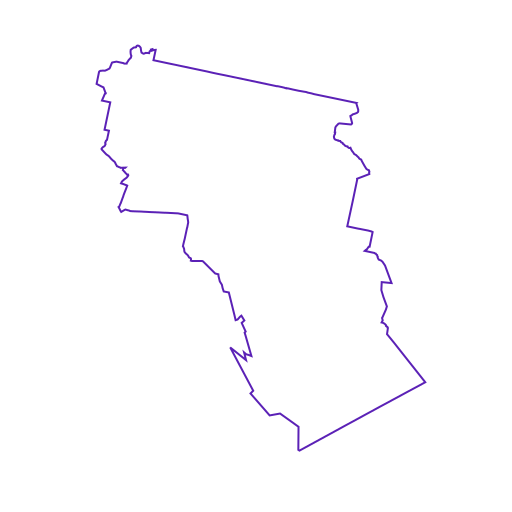 Delicias, Chihuahua, Mexico (orthographic projection), rotated 282°
{"feature_id": "50627088B94696650260706", "entity_name": "Delicias", "entity_type": "district", "adm_level": 2, "iso_a3": "MEX", "parent_name": "Mexico", "parent_adm1": "Chihuahua", "projection": "orthographic", "projection_center": [-105.441, 28.123], "detail": "fine", "context": "isolated", "style": "outline", "palette": "violet", "viewbox_px": 512, "rotation_deg": 282, "n_neighbors": 0, "source": "geoboundaries", "source_scale": "gbopen_adm2", "svg_char_len": 5923}
<svg xmlns="http://www.w3.org/2000/svg" viewBox="0 0 512 512"><g transform="rotate(282 256 256)"><path d="M109.4,379.4L134.3,408.5L167.7,447.8L200.3,408.5L206.8,400.4L212.9,400.0L213.0,399.7L213.3,399.5L213.7,399.5L214.1,399.1L214.2,398.5L214.4,397.9L214.7,397.6L215.2,397.6L215.6,397.3L216.1,396.5L216.7,395.3L217.1,393.7L217.1,392.7L219.4,393.3L221.6,392.2L222.5,392.5L230.6,394.2L233.9,394.5L242.3,389.2L248.7,385.7L256.6,384.4L257.7,394.2L273.5,384.2L276.7,380.9L277.6,379.2L278.0,376.8L279.3,375.7L280.1,375.2L280.7,375.2L281.1,374.7L281.5,374.5L282.1,374.3L282.2,374.1L282.3,373.9L282.4,373.5L282.7,373.2L282.9,372.9L283.2,372.7L283.2,372.1L283.4,371.5L283.6,371.2L283.6,370.8L283.6,370.4L283.6,361.3L284.7,362.1L285.0,362.4L285.4,362.8L285.5,363.0L286.4,363.4L288.5,364.3L288.7,365.2L303.7,365.1L304.0,363.9L304.2,360.4L304.1,353.9L304.1,352.2L304.0,350.2L304.0,348.1L304.0,345.1L304.0,343.5L304.0,341.6L304.0,339.1L329.7,339.2L351.5,339.1L352.6,338.8L356.0,344.1L359.7,349.8L360.5,349.5L360.8,349.5L361.1,349.3L362.0,349.3L362.3,349.3L362.5,349.1L362.9,348.9L363.0,348.6L363.2,348.4L363.4,348.4L363.6,347.2L364.1,345.9L366.7,343.4L370.6,340.0L371.5,339.3L372.0,339.0L372.3,338.6L372.4,337.8L372.7,336.9L373.1,336.4L373.7,335.9L374.5,334.5L375.5,333.0L376.2,330.8L377.5,329.6L378.2,328.7L378.9,327.9L379.9,327.0L381.5,325.9L381.2,325.5L381.0,324.6L381.1,324.2L381.7,323.0L382.2,322.7L382.1,322.3L382.1,321.5L382.2,321.1L382.3,320.4L382.6,319.9L383.3,319.0L383.4,318.7L383.8,317.7L384.1,317.5L384.5,317.3L384.7,316.9L384.8,316.3L384.9,315.7L385.2,315.3L385.6,314.9L385.7,314.6L385.8,314.5L386.0,314.4L385.8,312.8L385.8,312.7L386.1,312.5L386.2,312.2L386.0,311.9L386.1,311.6L386.3,309.4L387.1,308.2L388.8,307.4L390.8,307.5L391.6,307.9L393.3,307.8L393.3,307.3L398.3,306.9L399.5,307.3L402.5,309.1L402.8,309.6L403.1,310.2L403.8,316.4L404.4,321.6L405.0,322.0L405.4,322.4L406.0,322.4L412.0,319.4L412.6,319.2L413.6,320.4L414.6,321.1L414.7,321.3L415.9,323.4L416.9,324.9L418.0,325.8L418.7,325.9L420.3,325.6L426.3,322.3L426.6,322.5L426.5,294.1L426.4,279.1L426.6,276.5L426.6,272.9L426.6,272.1L426.8,271.7L426.8,270.3L426.7,268.7L426.6,265.8L426.5,263.4L426.5,263.0L426.5,259.2L426.5,258.9L426.5,257.5L426.6,252.1L426.4,251.7L426.5,251.2L426.3,250.9L426.5,250.5L426.4,250.4L426.3,250.0L426.3,249.6L426.5,249.1L426.6,246.1L426.6,245.3L426.6,245.2L426.6,244.3L426.6,244.2L426.6,241.8L426.5,241.7L426.4,241.4L426.3,187.9L426.2,180.0L426.2,176.2L426.3,169.5L426.2,126.0L426.2,115.0L436.8,115.0L436.7,114.6L435.8,112.5L436.9,111.8L436.1,110.3L434.9,110.8L434.8,110.1L434.3,109.6L434.0,109.4L432.2,109.3L432.0,107.1L431.7,106.3L431.7,105.7L430.9,104.8L430.5,104.0L430.6,103.6L430.6,103.3L430.9,102.5L431.1,101.9L431.2,101.7L431.5,101.6L432.7,101.0L433.2,100.8L434.9,100.2L435.7,99.9L436.6,98.9L437.2,97.8L437.2,97.4L437.2,97.0L437.3,96.7L437.1,96.3L437.0,96.0L436.6,95.6L435.9,95.3L435.3,95.3L435.0,94.8L434.6,93.3L434.3,92.9L431.7,90.6L431.4,90.6L429.7,90.8L428.0,91.3L427.0,91.7L426.6,91.9L426.1,92.3L425.8,92.5L424.4,92.4L423.9,92.4L423.4,92.0L421.2,90.7L420.0,90.3L418.3,89.6L417.3,89.5L416.8,87.1L416.9,86.8L417.1,86.2L417.1,85.5L417.1,84.9L417.1,80.7L417.1,79.1L415.4,75.1L415.1,74.9L409.9,74.0L408.8,73.6L408.1,72.7L407.4,71.9L406.6,70.8L405.9,69.8L405.8,69.4L405.5,67.6L405.0,66.1L404.8,65.3L404.1,64.5L403.5,64.2L402.2,64.2L391.2,64.3L390.6,66.4L390.2,67.9L389.9,68.9L389.7,69.7L389.5,70.5L389.4,71.2L389.2,71.8L388.2,72.4L385.7,74.0L385.0,74.4L384.1,74.9L384.0,75.2L383.7,75.1L383.7,74.7L383.4,74.5L382.9,74.4L382.2,74.2L381.4,74.1L381.0,74.0L380.4,73.9L378.6,73.5L376.0,73.0L376.0,81.5L348.0,81.6L348.0,86.1L339.6,86.1L339.4,86.1L338.6,86.1L338.2,85.7L337.3,85.2L336.5,85.3L336.1,85.0L335.6,84.9L335.1,85.0L334.4,85.5L333.9,85.6L333.5,85.4L332.6,85.3L332.1,85.0L331.7,84.7L331.3,84.3L331.0,83.9L330.2,83.3L329.5,82.9L328.6,82.6L328.3,82.8L328.1,83.0L327.8,83.4L327.1,84.4L326.4,85.4L326.1,85.8L325.5,86.7L324.9,87.5L324.6,88.0L324.2,88.6L323.6,90.1L323.4,90.6L323.1,91.2L322.8,91.7L322.1,92.6L321.5,93.4L321.2,93.7L319.7,96.1L318.9,97.8L318.5,98.3L318.2,98.7L317.8,99.0L317.5,99.1L314.9,101.4L314.9,101.9L314.6,103.0L314.4,104.0L314.3,105.1L314.1,105.3L314.7,107.4L315.3,109.9L315.0,109.7L314.6,108.3L314.4,107.5L313.7,107.8L312.8,108.0L312.4,107.9L311.9,108.7L311.5,109.1L311.4,109.3L311.2,109.6L311.0,109.9L310.8,110.2L310.7,110.4L310.5,110.6L310.2,110.9L309.9,111.3L309.3,112.4L309.0,112.7L308.8,113.0L308.5,113.3L309.0,113.9L308.9,114.0L308.7,114.1L308.4,114.3L308.2,114.3L307.9,114.2L307.6,114.1L306.3,113.5L305.5,113.0L303.5,111.2L301.5,109.7L300.7,109.3L299.8,109.1L299.7,109.1L299.0,108.9L298.9,109.9L298.8,111.3L298.5,113.0L298.3,114.7L298.1,115.4L295.2,115.0L289.9,114.1L287.8,113.8L286.3,113.7L285.3,113.5L279.5,112.7L279.4,112.6L276.2,112.0L275.8,111.9L275.3,111.4L273.9,112.6L272.1,114.0L271.1,115.0L273.5,117.6L274.3,118.6L274.1,121.1L274.1,122.3L273.9,123.1L273.8,123.7L274.1,125.9L274.6,128.8L275.6,134.4L276.0,137.2L276.5,140.2L276.9,143.0L277.9,148.8L278.4,151.8L279.0,155.7L279.3,157.5L279.7,159.6L281.5,171.0L281.5,179.2L281.5,180.3L281.1,180.5L278.3,181.4L276.8,182.0L274.8,182.7L269.6,182.8L269.3,182.7L264.2,182.7L261.3,182.7L257.8,182.7L255.9,182.6L252.8,182.5L250.3,182.5L250.1,182.8L248.2,184.1L247.7,184.3L245.8,184.9L245.1,185.3L244.7,185.7L243.7,187.1L242.8,188.8L241.8,189.9L240.9,190.6L240.6,191.0L240.3,192.4L240.1,192.8L239.6,193.0L238.8,193.2L237.9,193.2L237.8,194.5L239.8,203.8L239.9,204.8L239.6,205.5L230.4,219.7L230.3,223.0L228.6,223.5L223.6,225.9L220.8,228.6L217.7,230.0L214.6,231.8L214.7,237.0L193.7,247.2L189.0,249.4L189.4,250.1L189.7,250.5L189.8,250.9L190.2,251.3L192.2,252.4L193.3,253.0L194.6,254.1L190.5,258.0L187.6,255.9L179.9,261.6L178.7,260.8L176.2,262.2L157.2,272.3L157.7,269.2L157.8,266.9L159.2,264.4L152.1,267.9L161.2,249.8L123.6,281.3L120.4,279.2L102.9,302.5L106.9,312.3L97.8,333.1L75.2,337.7L74.7,339.0L109.4,379.4Z" fill="none" stroke="#5b21b6" stroke-width="2"/></g></svg>